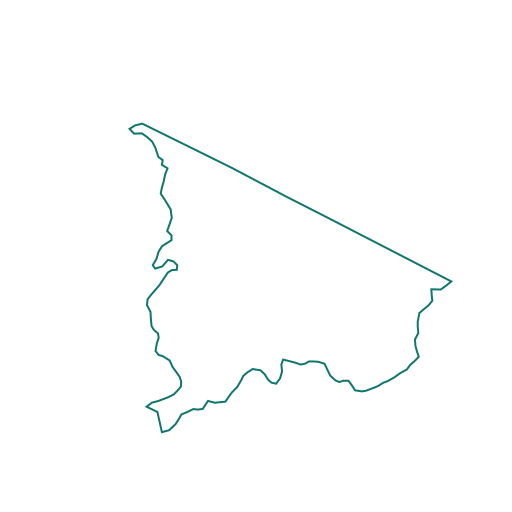 outline of Graça Aranha, Maranhão, Brazil, rotated 334°
{"feature_id": "56859067B94805674111832", "entity_name": "Graça Aranha", "entity_type": "district", "adm_level": 2, "iso_a3": "BRA", "parent_name": "Brazil", "parent_adm1": "Maranhão", "projection": "mercator", "projection_center": [-44.344, -5.391], "detail": "fine", "context": "isolated", "style": "outline", "palette": "teal", "viewbox_px": 512, "rotation_deg": 334, "n_neighbors": 0, "source": "geoboundaries", "source_scale": "gbopen_adm2", "svg_char_len": 1788}
<svg xmlns="http://www.w3.org/2000/svg" viewBox="0 0 512 512"><g transform="rotate(334 256 256)"><path d="M198.1,86.3L200.0,92.5L207.2,95.8L210.2,101.2L212.8,107.7L213.0,114.3L211.7,124.3L214.2,128.9L211.4,132.8L214.9,138.4L209.9,143.1L205.6,148.7L201.4,153.3L197.7,158.2L198.7,165.6L199.7,176.8L197.0,184.8L191.7,190.1L187.1,194.6L189.1,200.4L187.0,204.7L175.9,206.0L170.6,209.2L165.1,215.1L159.2,219.0L159.9,223.1L167.1,224.3L175.2,220.9L179.4,224.6L181.2,229.7L178.7,233.7L174.4,231.8L169.5,232.2L162.7,236.2L156.4,239.9L144.9,244.8L139.6,247.4L136.5,252.3L136.7,260.0L134.4,265.3L131.4,273.2L131.8,277.5L134.0,282.7L132.6,287.0L128.7,290.9L124.1,297.2L125.0,302.1L128.4,305.3L132.6,312.1L132.4,319.1L133.5,325.6L134.4,331.2L133.7,336.1L131.2,340.5L127.0,342.4L121.4,344.4L114.3,344.4L104.8,343.5L98.2,342.2L91.6,343.5L99.0,352.9L94.2,373.1L101.6,374.5L109.9,371.9L115.2,368.7L119.5,365.7L125.7,366.1L132.6,366.1L136.3,368.5L141.1,370.1L149.3,365.2L154.6,369.8L164.6,373.5L169.7,370.6L174.7,368.0L181.7,365.5L188.2,361.2L191.9,358.2L197.0,356.9L203.4,356.1L210.0,360.8L212.0,366.1L212.6,372.5L214.4,376.6L218.1,379.6L223.9,376.6L228.8,371.2L231.3,364.5L235.0,361.0L244.1,368.7L248.5,373.1L252.8,374.3L257.3,374.0L261.9,376.2L265.6,378.4L270.4,382.9L270.3,389.7L270.3,396.1L272.8,402.5L275.6,405.8L279.9,406.4L284.4,408.7L285.5,414.4L286.1,420.1L291.8,424.1L296.2,425.4L308.3,426.4L315.0,425.7L319.6,426.2L327.3,425.7L334.4,424.5L341.9,424.1L346.8,421.5L352.1,420.1L358.1,418.0L358.8,412.5L359.9,406.8L362.2,400.8L368.1,396.4L370.3,390.6L372.5,386.0L377.8,378.9L383.9,377.3L389.7,375.9L394.9,373.5L396.3,369.4L399.0,362.8L407.3,367.1L414.2,365.9L420.4,364.5L337.5,253.4L309.6,216.4L273.2,166.6L211.8,87.2L204.6,85.6L198.1,86.3Z" fill="none" stroke="#0f766e" stroke-width="2"/></g></svg>